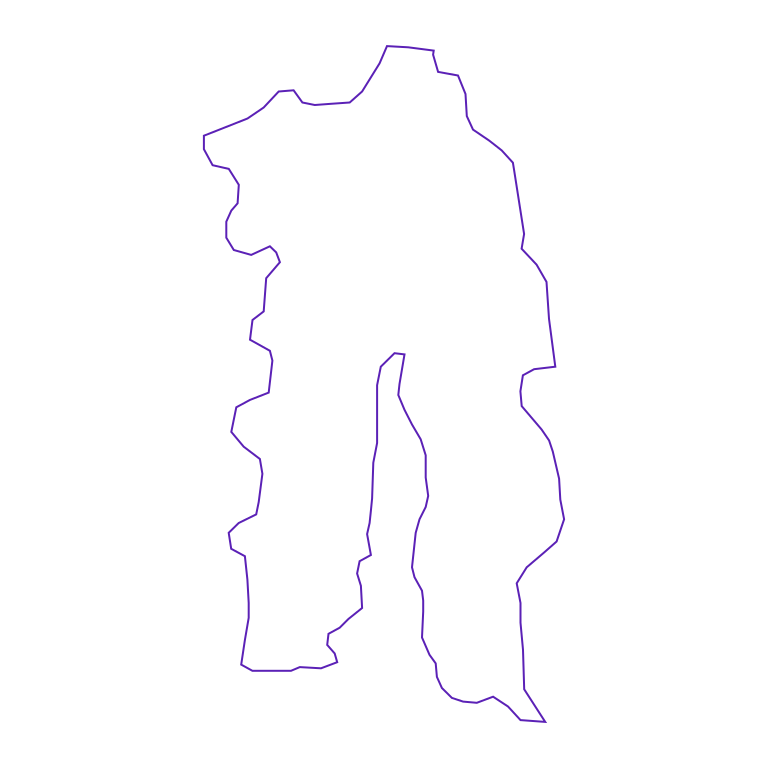 outline of Gangjin-gun, South Jeolla, South Korea
{"feature_id": "91817680B37660936440541", "entity_name": "Gangjin-gun", "entity_type": "district", "adm_level": 2, "iso_a3": "KOR", "parent_name": "South Korea", "parent_adm1": "South Jeolla", "projection": "robinson", "projection_center": [126.77, 34.612], "detail": "fine", "context": "isolated", "style": "outline", "palette": "violet", "viewbox_px": 768, "rotation_deg": 0, "n_neighbors": 0, "source": "geoboundaries", "source_scale": "gbopen_adm2", "svg_char_len": 1843}
<svg xmlns="http://www.w3.org/2000/svg" viewBox="0 0 768 768"><path d="M433.7,50.6L408.2,47.3L387.0,46.1L379.6,63.3L362.1,91.5L349.7,102.5L331.0,103.8L314.8,105.0L302.4,102.5L293.6,90.3L278.7,91.5L263.7,107.5L247.5,118.5L216.4,130.8L203.9,135.7L203.9,149.2L212.6,165.2L228.8,168.9L238.8,184.8L237.6,203.3L231.3,210.6L226.3,221.7L226.3,236.3L226.3,237.7L233.8,250.0L251.2,254.9L269.9,246.3L276.2,252.4L279.9,262.2L266.2,278.2L263.7,311.4L252.5,320.0L250.0,339.7L269.9,350.8L272.4,360.6L268.7,392.6L250.0,399.9L236.3,407.3L231.3,431.9L243.7,446.7L259.9,459.0L262.4,473.8L258.7,502.1L256.2,514.4L238.7,523.0L228.7,532.8L231.2,548.8L244.9,556.2L247.4,579.6L248.7,603.0L248.7,617.8L244.9,640.0L241.2,664.6L252.4,670.8L291.0,670.8L299.8,667.1L321.0,668.3L337.2,662.2L334.7,653.5L327.2,644.9L328.5,633.8L339.7,627.7L348.4,619.0L362.1,608.0L360.9,585.8L357.1,573.5L359.6,561.2L370.9,555.0L367.1,534.1L369.6,523.0L370.9,510.7L372.1,498.4L373.3,462.7L377.1,443.0L377.1,425.8L377.1,407.3L377.1,392.6L377.1,385.2L380.8,366.7L394.5,353.2L404.5,354.4L399.5,384.0L398.3,395.0L404.5,409.8L412.0,424.5L420.7,439.3L425.7,455.3L425.7,477.5L428.2,495.9L425.7,507.0L419.5,519.3L415.7,532.8L412.0,567.3L414.5,577.2L422.0,590.7L423.2,600.6L423.2,611.6L422.0,637.5L429.5,654.8L435.7,663.4L436.9,676.9L441.9,688.0L451.9,697.9L463.1,701.6L476.8,702.8L493.1,696.7L508.0,706.5L520.5,720.1L545.2,721.9L524.2,689.3L523.0,649.8L520.5,622.7L520.5,603.0L516.7,583.3L526.7,567.3L544.1,552.5L556.6,541.5L564.1,519.3L560.3,499.6L559.1,478.7L552.8,451.6L549.1,440.5L541.6,429.5L521.7,406.1L520.4,391.3L522.9,375.3L534.1,369.2L555.3,366.7L549.0,318.8L546.5,281.9L536.6,264.7L521.6,248.7L524.1,234.0L514.1,170.1L512.9,162.7L501.7,150.4L489.2,140.6L473.0,129.6L466.8,116.1L465.5,94.0L458.0,75.5L438.1,71.9L433.1,54.7L433.7,50.6Z" fill="none" stroke="#5b21b6" stroke-width="2"/></svg>